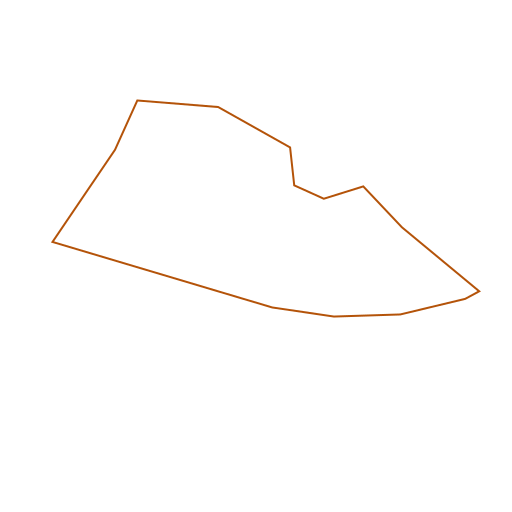 SVG path tracing the border of Liverpool, rotated 311°
{"feature_id": "GBR-5668", "entity_name": "Liverpool", "entity_type": "Metropolitan Borough", "adm_level": 1, "iso_a3": "GBR", "parent_name": "United Kingdom", "parent_adm1": "", "projection": "orthographic", "projection_center": [-2.925, 53.412], "detail": "fine", "context": "isolated", "style": "outline", "palette": "amber", "viewbox_px": 512, "rotation_deg": 311, "n_neighbors": 0, "source": "natural_earth", "source_scale": "10m", "svg_char_len": 354}
<svg xmlns="http://www.w3.org/2000/svg" viewBox="0 0 512 512"><g transform="rotate(311 256 256)"><path d="M375.8,447.6L360.9,442.0L306.5,403.2L261.4,354.5L227.8,302.0L133.1,93.2L191.9,86.1L243.7,79.9L295.5,64.4L343.6,129.7L360.3,210.5L334.4,238.5L343.7,269.6L378.9,291.3L373.4,347.3L375.8,447.6Z" fill="none" stroke="#b45309" stroke-width="2"/></g></svg>